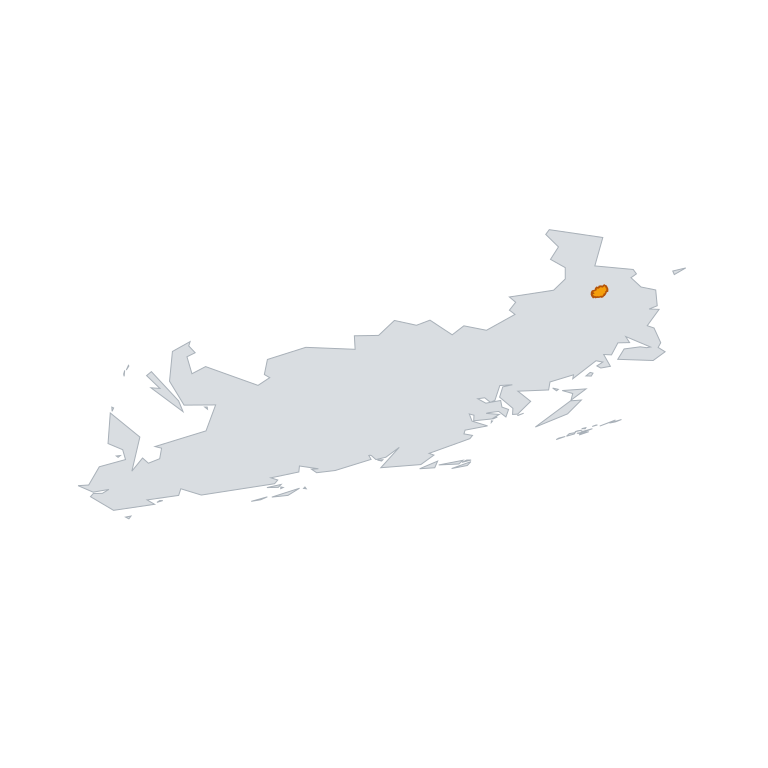 Russia, with Ryazan' highlighted, rotated 164°
{"feature_id": "RUS-2374", "entity_name": "Ryazan'", "entity_type": "Region", "adm_level": 1, "iso_a3": "RUS", "parent_name": "Russia", "parent_adm1": "", "projection": "natural_earth1", "projection_center": [40.693, 54.337], "detail": "fine", "context": "in_parent", "style": "filled", "palette": "amber", "viewbox_px": 768, "rotation_deg": 164, "n_neighbors": 0, "source": "natural_earth", "source_scale": "10m", "svg_char_len": 7067}
<svg xmlns="http://www.w3.org/2000/svg" viewBox="0 0 768 768"><g transform="rotate(164 384 384)"><path d="M578.4,473.6L558.7,478.2L561.2,474.4L556.9,466.1L565.9,464.5L565.8,446.8L550.7,449.9L505.5,417.4L492.1,421.6L496.4,426.1L489.3,439.7L449.1,440.8L402.2,425.3L399.2,438.5L375.8,432.2L356.5,442.2L336.6,431.5L322.2,432.7L304.9,412.5L291.2,417.9L270.7,407.4L238.9,414.8L243.1,420.4L234.9,426.3L239.5,433.1L195.1,427.4L180.8,435.0L177.7,445.9L189.6,457.9L178.5,467.7L187.3,483.2L182.6,486.8L133.3,464.5L148.8,439.4L112.9,425.4L111.0,420.3L117.3,418.1L110.2,406.4L96.9,399.5L99.8,383.9L108.5,383.0L99.0,379.9L114.9,367.5L109.0,363.4L106.6,347.4L110.4,343.6L104.9,337.5L118.8,332.4L152.5,343.3L143.5,351.5L127.4,349.1L121.5,346.5L117.6,346.1L138.6,363.0L136.5,356.1L147.8,359.1L157.3,349.3L164.7,351.8L161.5,338.6L171.2,339.6L174.4,342.7L167.6,344.8L173.8,347.9L201.1,337.0L199.3,340.6L223.9,340.2L227.4,332.9L257.3,340.2L247.8,326.9L263.8,318.2L268.8,319.3L266.8,325.1L276.5,339.5L270.6,348.5L260.8,347.9L273.1,350.6L281.9,337.7L286.8,337.1L291.0,343.0L298.0,344.0L291.4,337.5L276.4,336.0L277.0,329.3L271.3,325.2L275.9,318.7L281.3,326.0L291.3,327.6L293.9,327.6L281.6,323.0L290.0,320.7L307.9,323.9L306.1,329.2L310.3,331.7L309.6,324.0L296.0,315.2L318.8,317.3L320.9,314.0L313.1,310.2L316.5,307.8L359.8,304.9L355.6,301.9L370.8,296.4L410.1,304.4L386.8,318.9L402.4,313.1L412.6,313.6L415.8,318.6L417.0,319.4L418.3,319.5L417.2,315.1L454.7,314.3L473.2,317.3L477.2,322.1L470.4,320.6L487.9,328.5L490.1,322.9L518.6,325.0L512.6,321.0L516.7,318.3L590.2,327.6L608.2,339.3L612.1,333.5L643.7,337.9L637.7,331.6L678.8,337.1L697.2,356.6L693.5,358.9L684.9,356.5L677.5,358.5L693.4,360.2L706.1,370.6L695.7,368.3L680.5,382.9L653.3,382.6L653.3,392.9L665.7,402.8L655.1,431.6L633.3,400.3L650.4,369.7L636.5,379.4L632.3,372.8L620.2,374.0L615.5,383.6L621.3,387.0L568.0,388.0L551.6,410.3L582.0,418.8L589.4,445.8L578.4,473.6ZM250.4,300.9L209.3,316.4L198.7,314.2L215.8,304.7L250.4,300.9ZM584.8,412.8L609.1,444.6L600.6,441.5L609.9,457.5L604.2,460.0L586.1,424.4L584.8,412.8ZM191.1,323.6L208.7,316.9L205.2,322.8L214.5,328.6L191.1,323.6ZM493.9,307.1L507.0,303.4L523.0,306.2L493.9,307.1ZM334.1,286.5L353.7,291.1L329.1,288.9L334.1,286.5ZM326.4,282.7L342.3,284.1L321.9,285.4L326.4,282.7ZM358.3,289.5L373.1,292.7L353.7,295.1L358.3,289.5ZM527.2,307.7L534.4,306.7L544.0,307.8L527.2,307.7ZM61.9,412.4L74.8,409.2L75.3,413.0L61.9,412.4ZM179.5,284.8L188.2,284.1L171.4,285.6L179.5,284.8ZM514.1,313.8L525.1,316.7L510.6,315.8L514.1,313.8ZM187.6,336.1L182.6,338.3L180.1,336.8L182.6,334.5L187.6,336.1ZM196.0,283.6L203.9,282.9L208.1,283.7L196.0,283.6ZM223.0,283.5L219.6,285.2L213.6,284.6L214.8,283.5L223.0,283.5ZM231.0,283.8L224.2,283.6L233.8,283.1L231.0,283.8ZM220.0,329.9L223.0,333.6L217.9,330.8L220.0,329.9ZM330.6,287.2L325.5,288.1L321.2,286.9L330.6,287.2ZM200.3,281.7L210.5,281.2L207.0,282.3L200.3,281.7ZM669.1,327.3L663.6,326.8L666.4,324.7L669.1,327.3ZM171.8,283.8L178.1,284.3L165.5,284.4L171.8,283.8ZM264.0,317.0L257.8,317.4L263.9,316.8L264.0,317.0ZM407.5,310.6L411.3,312.7L406.0,311.5L407.5,310.6ZM634.9,332.8L631.7,333.8L628.8,332.9L634.9,332.8ZM210.8,285.6L206.1,285.0L213.7,285.5L210.8,285.6ZM209.0,282.4L212.2,283.5L206.3,282.8L209.0,282.4ZM631.7,463.0L631.5,465.3L629.5,468.6L631.7,463.0ZM202.9,285.5L206.3,286.6L202.0,286.4L202.9,285.5ZM289.4,320.3L285.2,321.2L284.2,321.0L289.4,320.3ZM661.2,388.6L657.2,387.9L659.8,386.8L661.2,388.6ZM512.1,311.9L511.5,313.5L509.4,312.3L512.1,311.9ZM560.6,408.4L562.7,411.3L560.3,410.6L560.6,408.4ZM652.9,432.7L652.0,436.8L650.5,435.5L652.9,432.7ZM195.6,285.8L191.6,286.1L190.1,285.8L195.6,285.8ZM291.5,317.4L290.9,319.0L289.9,318.5L291.5,317.4ZM490.1,305.8L488.4,306.8L487.6,304.7L490.1,305.8ZM624.3,471.6L627.9,468.4L624.5,472.4L624.3,471.6Z" fill="#d9dde1" stroke="#a8b0b8" stroke-width="1"/><path d="M148.7,418.3L148.1,418.1L148.1,417.9L148.1,417.7L147.7,417.4L147.4,417.2L147.2,417.2L147.0,417.3L146.5,417.4L146.4,417.5L146.4,417.9L146.3,418.0L146.0,418.1L145.7,418.2L145.2,418.3L145.0,418.2L145.0,418.3L144.9,418.3L144.9,418.2L144.6,417.9L144.5,417.5L144.4,417.4L143.8,417.3L143.7,417.2L143.8,417.1L143.7,417.0L143.7,416.9L143.8,416.8L143.8,416.6L143.9,416.4L143.8,416.2L143.7,416.2L143.4,416.2L143.4,415.9L143.5,415.7L143.4,415.7L143.5,415.4L143.4,415.2L143.2,415.2L143.2,414.9L142.9,414.6L142.9,414.4L143.0,414.3L143.2,414.2L143.1,413.9L142.9,414.0L142.9,413.8L142.9,413.6L143.0,413.5L143.0,413.2L143.3,413.0L143.3,412.9L143.5,412.8L143.9,412.8L143.9,412.7L143.4,412.5L143.4,412.4L143.4,412.2L143.3,411.9L143.4,411.7L143.5,411.6L143.9,411.6L144.0,411.6L144.4,411.5L144.8,411.5L145.0,411.5L145.3,411.4L145.2,411.1L145.3,411.0L145.6,411.0L145.8,410.9L145.7,410.9L145.8,410.6L145.8,410.3L145.9,410.1L146.2,410.0L146.3,409.8L146.6,409.6L146.8,409.6L146.8,409.4L147.2,409.4L147.3,409.4L147.5,409.4L147.7,409.5L148.0,409.0L148.0,408.9L147.9,408.8L147.7,408.8L147.4,408.9L147.5,408.7L147.8,408.5L148.2,408.5L148.6,408.4L149.1,408.1L149.4,407.8L149.5,407.7L149.9,407.6L150.0,407.6L149.9,407.8L150.1,407.9L150.7,407.7L150.8,407.7L150.8,407.8L150.7,407.9L150.8,407.9L150.9,408.0L151.0,408.2L151.1,408.3L151.4,408.3L151.5,408.3L151.8,408.3L152.0,408.3L152.1,408.2L152.3,408.1L152.6,408.1L152.8,408.2L152.9,408.3L153.1,408.7L153.1,408.4L153.4,408.3L153.5,408.3L153.8,408.3L154.1,408.4L154.1,408.5L154.3,408.6L154.5,408.8L154.7,408.7L154.8,408.6L155.2,408.7L155.3,408.7L155.4,408.8L155.5,408.9L155.8,408.8L156.0,408.8L156.1,409.0L156.3,409.1L156.5,409.2L156.8,409.0L156.9,409.3L157.0,409.3L156.8,409.4L156.8,409.5L157.1,409.6L157.4,409.7L157.7,409.8L157.8,409.7L158.1,409.5L158.4,409.5L158.7,409.5L158.7,409.4L158.8,409.4L159.0,409.5L158.8,409.7L158.9,409.8L159.0,410.0L158.9,410.2L158.9,410.3L158.6,410.5L158.8,410.8L158.7,410.9L158.9,411.0L159.0,411.0L159.3,411.1L159.6,411.0L159.7,411.3L159.7,411.5L159.9,411.6L159.9,411.8L159.7,411.9L159.6,412.0L159.6,412.3L159.5,412.2L159.4,412.2L159.3,412.5L159.5,412.5L159.7,412.8L159.2,412.9L159.1,413.0L158.8,413.3L158.6,413.5L158.2,413.6L157.8,413.5L157.9,413.8L158.1,414.0L158.3,413.9L158.6,413.8L158.6,413.7L158.8,413.5L159.0,413.5L159.5,413.9L159.5,414.0L159.2,414.1L159.3,414.2L159.4,414.3L159.3,414.5L159.1,414.5L158.9,414.4L158.6,414.4L158.3,414.4L158.4,414.2L158.2,414.3L158.2,414.5L158.5,414.7L158.7,414.8L158.8,414.8L159.0,415.1L158.9,415.2L158.7,415.3L158.4,415.6L158.3,415.8L157.9,415.9L157.6,415.9L157.5,416.0L157.3,416.0L157.1,415.9L155.9,415.9L155.7,415.9L155.6,416.0L155.2,416.0L154.9,416.1L154.4,416.1L154.2,416.3L154.3,416.9L154.2,417.1L154.3,417.3L154.2,417.4L154.1,417.5L153.9,417.6L153.6,417.8L153.5,418.0L153.3,418.0L153.0,418.0L153.0,417.9L152.9,417.8L152.9,417.7L152.4,417.6L152.2,417.7L152.2,417.8L152.1,417.7L151.9,417.6L151.7,417.5L151.7,417.4L151.4,417.3L151.2,417.6L150.6,417.9L150.4,417.7L150.2,417.9L150.2,418.0L150.3,418.2L150.3,418.3L150.1,418.3L150.1,418.5L149.9,418.5L149.8,418.4L149.7,418.4L149.6,418.5L149.4,418.5L149.2,418.5L149.0,418.4L149.0,418.2L148.7,418.3ZM158.9,410.5L159.0,410.5L159.1,410.8L158.9,410.8L158.9,410.7L158.9,410.5Z" fill="#f59e0b" stroke="#b45309" stroke-width="1.5"/></g></svg>